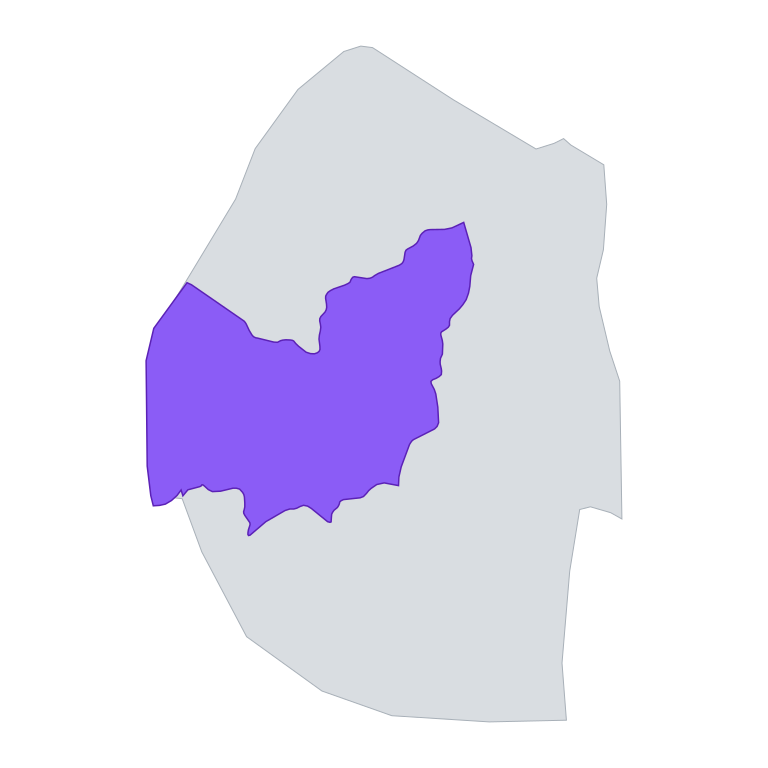 Manzini on a map of eSwatini (Natural Earth projection)
{"feature_id": "SWZ-536", "entity_name": "Manzini", "entity_type": "District", "adm_level": 1, "iso_a3": "SWZ", "parent_name": "eSwatini", "parent_adm1": "", "projection": "natural_earth1", "projection_center": [31.309, -26.515], "detail": "fine", "context": "in_parent", "style": "filled", "palette": "violet", "viewbox_px": 768, "rotation_deg": 0, "n_neighbors": 0, "source": "natural_earth", "source_scale": "10m", "svg_char_len": 2997}
<svg xmlns="http://www.w3.org/2000/svg" viewBox="0 0 768 768"><path d="M563.6,138.6L570.8,145.0L603.8,164.8L606.7,204.4L603.4,249.7L596.7,278.2L599.2,306.6L609.7,350.9L619.7,381.2L621.9,519.0L610.7,512.7L590.4,506.8L579.7,509.5L569.7,571.2L562.0,663.1L566.4,720.2L489.3,721.9L391.8,715.7L321.9,691.0L246.6,636.7L201.8,551.9L182.2,498.7L154.8,495.6L150.3,486.5L147.8,421.6L148.3,353.4L153.4,335.2L204.1,251.3L235.6,199.1L255.2,148.6L298.0,89.4L343.8,51.5L360.8,46.1L372.5,47.6L453.2,99.7L536.0,149.0L554.0,143.4L563.6,138.6Z" fill="#d9dde1" stroke="#a8b0b8" stroke-width="1"/><path d="M153.3,505.8L150.8,495.7L147.2,466.1L146.6,406.6L146.1,360.7L153.8,328.3L187.0,282.7L191.4,284.7L244.1,321.1L245.2,322.4L246.2,324.0L249.2,330.4L251.9,334.9L253.5,336.7L255.7,337.8L257.6,338.1L273.9,342.1L277.5,342.3L280.5,340.7L282.8,340.1L285.9,339.8L290.5,340.0L292.6,340.4L293.8,341.1L295.7,343.5L298.6,346.3L306.1,352.2L310.4,353.6L314.4,353.8L317.3,352.8L319.1,351.4L320.0,349.4L319.9,346.2L319.0,339.1L319.4,335.0L320.3,331.1L320.8,327.2L320.3,323.7L319.7,320.9L319.8,318.7L320.9,316.5L325.0,312.1L326.2,309.8L326.7,307.3L326.5,304.0L325.6,298.3L325.7,296.1L326.6,294.3L328.0,292.3L330.4,290.6L333.9,288.8L344.5,285.2L348.1,283.5L349.6,282.5L350.2,281.8L350.9,279.9L351.6,278.7L352.8,277.2L354.4,276.7L366.9,278.6L370.1,278.2L372.5,277.2L374.6,275.6L378.4,273.4L399.3,265.2L401.8,263.6L402.7,262.5L403.4,261.3L404.0,259.4L405.1,252.2L406.0,250.2L407.6,249.0L413.2,246.0L416.5,243.4L417.6,241.9L418.5,240.4L420.4,235.4L422.1,233.3L425.1,230.8L427.8,229.9L430.2,229.6L444.5,229.4L451.9,227.9L463.7,222.4L471.0,247.6L471.9,255.8L471.5,258.5L472.0,260.7L473.6,264.4L470.7,275.6L469.8,286.4L468.5,293.1L466.2,299.6L462.9,304.6L459.4,308.8L452.5,315.3L450.1,318.6L449.5,321.6L449.5,325.3L448.3,327.2L446.2,328.9L441.5,331.9L440.8,333.1L440.8,334.9L442.3,340.4L442.8,344.0L442.4,354.1L440.5,358.3L440.1,361.6L440.2,364.1L441.3,368.8L441.6,371.1L441.3,374.6L439.1,376.6L436.0,378.4L432.7,379.7L430.9,381.4L431.3,383.8L434.3,389.5L435.8,394.0L437.8,407.1L438.6,422.7L437.1,426.4L434.6,428.9L413.7,439.5L412.2,440.6L410.8,442.4L409.5,444.5L401.2,466.9L398.9,477.0L398.5,485.6L384.2,482.9L376.8,484.5L371.0,488.5L368.6,490.7L366.5,493.4L363.5,496.5L360.2,497.8L343.4,499.6L341.0,500.8L339.7,502.0L339.4,503.7L338.6,505.6L337.4,507.5L334.0,510.3L332.6,512.3L331.7,514.1L331.5,516.0L331.1,521.9L330.0,522.3L327.6,521.7L311.4,508.5L307.6,506.1L303.5,505.3L300.1,506.5L296.8,508.2L293.8,509.0L289.8,509.0L285.1,510.5L265.9,521.6L250.0,535.2L248.5,535.5L247.9,534.4L248.0,532.3L248.4,529.9L249.7,525.9L250.1,524.3L249.8,522.6L244.9,515.5L243.8,513.4L243.6,511.7L244.2,509.7L244.8,506.8L244.8,503.1L244.4,496.9L243.8,494.5L242.6,492.4L239.6,489.1L236.3,488.2L233.0,488.2L220.5,491.2L212.4,491.6L208.3,489.6L204.4,486.0L202.8,484.8L201.9,484.8L201.5,485.7L199.9,486.6L187.9,489.8L182.9,495.8L181.1,490.0L177.0,495.5L171.5,500.5L165.4,504.1L159.5,505.4L153.3,505.8Z" fill="#8b5cf6" stroke="#5b21b6" stroke-width="1.5"/></svg>